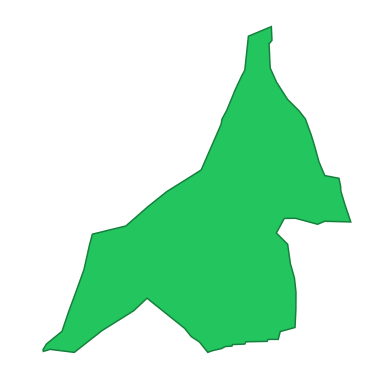 Gubadag, Tashauz, Turkmenistan, rotated 177°
{"feature_id": "10190150B74382957458545", "entity_name": "Gubadag", "entity_type": "district", "adm_level": 2, "iso_a3": "TKM", "parent_name": "Turkmenistan", "parent_adm1": "Tashauz", "projection": "orthographic", "projection_center": [57.511, 41.081], "detail": "fine", "context": "isolated", "style": "filled", "palette": "green", "viewbox_px": 384, "rotation_deg": 177, "n_neighbors": 0, "source": "geoboundaries", "source_scale": "gbopen_adm2", "svg_char_len": 1307}
<svg xmlns="http://www.w3.org/2000/svg" viewBox="0 0 384 384"><g transform="rotate(177 192 192)"><path d="M336.0,41.2L317.9,38.0L289.3,58.2L256.4,76.5L242.5,88.3L206.4,56.1L200.3,47.6L192.9,42.2L192.5,41.9L192.4,41.8L184.6,31.0L180.1,32.4L174.1,33.5L170.7,34.1L166.9,35.9L162.4,36.0L160.2,36.0L159.8,36.9L159.6,37.5L147.3,37.4L147.2,37.4L146.7,38.3L145.9,39.6L124.8,38.9L123.8,40.8L113.6,40.3L111.2,48.0L96.2,51.3L94.4,69.3L93.4,86.5L94.2,100.7L97.5,115.4L99.2,134.8L109.9,146.6L101.2,160.8L89.9,160.3L68.3,153.2L61.0,155.8L35.0,153.8L40.0,171.6L43.3,185.1L43.3,190.0L44.5,198.0L57.9,201.3L58.5,201.4L61.8,210.4L63.6,215.4L67.1,231.3L70.2,243.6L70.3,243.8L74.9,258.9L80.9,267.5L91.8,279.6L101.8,297.2L107.4,311.7L107.4,321.7L107.4,322.3L107.3,326.1L107.3,335.8L107.1,336.0L107.1,336.4L106.7,336.5L104.2,339.3L104.1,351.6L104.1,352.8L104.1,353.0L104.8,352.7L106.7,352.1L127.2,344.8L127.5,344.7L130.0,329.0L132.9,310.9L133.6,309.7L136.1,305.7L144.0,290.9L146.1,286.3L153.0,271.8L158.3,263.1L158.4,262.7L159.4,258.1L181.7,213.5L185.0,211.7L192.2,207.6L217.1,193.8L236.6,179.8L259.9,161.5L276.1,158.5L293.7,155.1L297.1,144.6L304.0,120.0L313.6,97.2L321.6,78.6L329.1,59.7L345.1,48.0L349.0,42.5L348.8,40.6L348.4,40.7L344.3,41.7L342.1,42.3L336.0,41.2Z" fill="#22c55e" stroke="#15803d" stroke-width="1.5"/></g></svg>